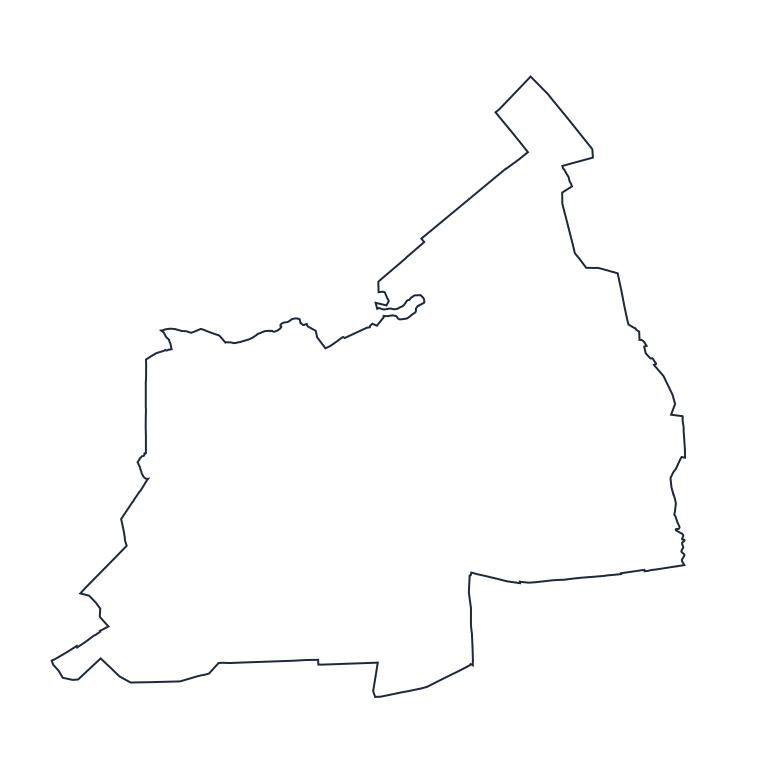 Vaboles pag., Daugavpils, Latvia (Mercator projection), rotated 274°
{"feature_id": "27541924B48238207872325", "entity_name": "Vaboles pag.", "entity_type": "district", "adm_level": 2, "iso_a3": "LVA", "parent_name": "Latvia", "parent_adm1": "Daugavpils", "projection": "mercator", "projection_center": [26.498, 56.031], "detail": "fine", "context": "isolated", "style": "outline", "palette": "slate", "viewbox_px": 768, "rotation_deg": 274, "n_neighbors": 0, "source": "geoboundaries", "source_scale": "gbopen_adm2", "svg_char_len": 6021}
<svg xmlns="http://www.w3.org/2000/svg" viewBox="0 0 768 768"><g transform="rotate(274 384 384)"><path d="M700.9,508.8L666.0,479.8L662.8,476.3L645.0,493.2L633.2,504.2L625.3,511.4L617.5,503.0L607.2,490.8L607.3,490.5L531.6,411.1L528.4,414.2L511.7,397.4L511.4,397.3L506.8,392.7L486.4,371.9L485.4,371.2L475.2,372.2L476.0,376.4L475.8,377.6L475.3,378.5L469.2,381.6L468.7,382.2L467.6,382.8L466.8,382.9L462.6,381.0L464.4,370.0L457.7,372.2L458.2,372.2L459.0,372.5L459.5,373.1L459.2,374.9L458.7,376.3L458.4,378.0L458.5,379.8L458.8,380.8L459.0,382.2L459.6,384.1L459.7,385.5L459.7,386.2L459.4,386.9L459.3,388.6L459.4,389.8L459.6,390.9L460.0,392.2L460.5,393.0L462.0,395.2L462.8,397.0L464.0,398.3L466.4,399.8L468.6,401.0L469.0,401.5L469.4,402.2L469.6,402.7L469.6,403.3L470.3,403.9L472.0,404.9L472.2,405.2L472.7,406.1L474.2,407.8L474.6,408.5L474.7,410.4L475.0,411.6L474.9,412.8L475.2,414.3L472.8,417.1L471.2,418.0L468.5,418.6L467.6,418.1L466.8,416.5L465.9,415.5L465.5,414.4L464.3,412.8L464.4,412.7L463.8,412.0L462.6,411.2L461.3,410.6L459.5,410.8L457.9,410.4L456.8,409.2L455.7,407.7L454.0,406.0L452.0,403.7L451.3,402.8L450.8,401.8L449.8,397.1L449.6,395.8L449.6,395.1L450.0,393.9L450.4,393.3L452.4,391.7L452.9,389.5L453.1,388.3L453.0,387.6L452.6,385.5L452.1,383.6L451.9,382.3L451.8,381.1L451.9,378.9L450.5,379.0L441.7,372.9L443.2,368.4L443.3,368.3L443.2,368.1L441.0,366.0L439.6,365.9L438.9,362.9L427.1,341.5L428.0,340.1L427.5,339.0L423.2,334.0L418.1,327.7L415.5,323.1L426.0,314.0L432.3,312.2L436.1,304.0L436.7,303.5L437.6,302.9L438.5,302.7L438.3,302.0L437.2,299.9L437.3,299.1L437.6,298.5L438.7,297.5L438.8,296.5L442.8,295.3L443.0,294.0L443.3,293.3L443.3,292.5L443.2,291.3L443.2,290.2L442.8,289.4L442.5,288.3L442.2,287.6L440.4,285.4L439.4,284.1L439.0,283.4L438.6,281.2L438.4,280.2L437.8,278.8L436.7,277.3L436.3,277.0L435.5,276.6L435.0,276.6L434.4,276.8L434.2,277.5L433.2,277.4L431.7,276.1L429.9,274.0L428.6,271.2L428.5,270.7L428.6,269.5L429.2,268.7L429.3,268.1L428.7,267.0L428.7,266.8L429.1,266.2L428.6,262.4L428.3,261.2L427.1,258.5L426.2,257.1L425.2,254.7L424.6,253.9L424.1,253.6L423.3,252.6L420.9,249.4L419.2,246.5L416.6,239.5L415.9,237.9L415.3,235.2L414.7,233.6L414.3,231.6L414.8,228.3L414.6,223.1L414.3,222.8L417.8,219.5L421.0,216.1L421.7,213.1L423.0,208.3L423.7,205.8L425.7,199.5L426.1,197.8L426.1,197.2L423.0,191.2L421.6,187.9L422.8,183.3L422.8,178.3L423.4,175.7L424.2,171.6L424.3,167.3L423.8,164.4L423.1,161.6L422.7,160.8L422.3,159.9L421.8,157.9L421.2,158.7L420.3,160.4L419.3,161.2L416.1,163.1L415.2,163.9L413.3,166.3L413.2,166.2L409.1,168.2L403.9,169.7L403.4,168.0L403.4,167.2L402.5,165.4L402.2,164.5L402.6,163.4L401.9,162.3L401.0,160.2L398.9,154.7L394.8,148.8L391.8,144.9L386.4,145.4L373.9,146.2L368.4,146.3L344.1,148.0L343.0,148.2L339.0,148.5L337.2,148.5L324.0,149.3L315.9,150.1L298.6,151.3L298.4,150.5L298.1,150.0L297.6,150.4L297.3,150.1L295.9,149.6L295.4,149.1L295.1,147.7L294.4,147.0L293.6,146.5L293.2,145.9L292.1,145.3L291.9,145.4L291.3,145.2L290.7,144.8L290.3,144.5L289.6,144.0L289.1,143.7L288.8,143.6L288.0,144.2L286.3,145.0L285.2,145.7L282.4,146.9L281.4,147.1L280.3,147.8L277.6,148.7L274.3,150.9L273.3,152.3L272.9,153.5L272.8,154.0L272.8,154.4L273.0,155.2L271.1,154.0L260.6,148.6L260.5,148.4L259.1,147.4L251.6,143.0L249.6,142.1L248.0,140.9L230.9,131.2L221.2,134.1L213.4,136.0L210.6,136.4L208.3,137.1L204.6,138.6L190.1,126.3L163.7,103.7L159.5,100.1L153.9,95.7L152.3,104.5L147.9,109.5L145.5,112.1L144.4,112.9L140.2,116.6L131.9,116.7L122.9,126.0L117.8,117.8L117.0,118.1L114.3,114.6L113.5,113.8L112.9,112.3L105.9,104.2L99.8,96.3L101.3,95.8L94.5,86.6L86.6,75.0L84.9,71.8L80.8,73.6L75.2,79.5L68.5,84.0L68.2,86.5L67.1,94.0L67.9,99.5L90.5,120.5L78.7,134.8L73.8,140.6L68.5,152.1L69.0,157.4L70.3,172.3L73.1,201.3L79.2,217.7L80.6,221.9L81.4,225.3L83.0,229.7L94.1,238.4L94.6,241.7L94.9,249.8L96.2,261.5L101.7,313.7L103.2,325.2L103.8,332.1L104.2,337.5L99.5,338.1L99.9,343.4L105.6,397.2L90.7,395.9L76.9,394.6L71.2,397.0L71.9,402.8L75.4,415.2L78.2,425.2L78.8,427.8L82.6,441.4L84.8,447.9L92.8,461.3L100.4,474.3L101.9,477.0L109.3,489.1L110.6,489.9L109.6,492.2L112.3,491.9L113.0,492.1L125.6,490.9L141.2,489.1L148.8,487.6L166.4,486.4L181.8,483.2L198.7,482.8L198.6,483.2L199.6,483.9L202.0,484.3L200.7,490.7L199.8,497.0L197.7,509.4L197.6,510.3L195.7,520.8L194.8,533.6L196.3,533.3L196.1,535.2L195.9,542.2L196.7,548.2L199.0,560.7L199.7,564.5L200.5,569.8L201.3,577.3L203.1,586.3L204.4,593.7L207.7,615.7L208.8,621.0L209.8,627.4L210.9,633.7L211.7,633.5L216.8,656.7L215.4,657.0L215.9,660.0L217.1,663.7L217.7,667.1L224.3,696.2L228.4,693.5L229.6,693.5L232.8,695.2L233.7,695.5L234.5,695.6L235.0,695.4L235.8,694.4L236.5,693.4L237.4,692.5L237.7,692.3L238.5,692.4L239.3,692.7L241.7,693.9L242.4,693.8L244.9,692.7L245.4,692.5L246.4,692.5L247.3,693.3L248.4,694.5L248.9,694.7L249.3,694.6L249.6,694.3L249.6,693.0L249.8,692.3L250.3,692.1L251.0,692.3L251.7,692.6L253.3,693.1L253.8,693.1L254.7,692.6L255.5,691.6L258.0,686.2L258.4,685.5L258.8,685.2L259.3,685.2L259.6,685.5L259.8,686.0L259.9,687.5L260.1,687.9L260.5,688.5L261.2,688.8L261.8,688.8L262.6,688.5L267.0,686.1L271.1,684.5L272.5,683.9L274.0,682.7L276.8,683.1L285.1,683.5L289.3,682.4L294.2,680.5L294.1,680.3L295.5,679.9L300.8,678.0L309.8,676.4L310.6,676.5L316.3,678.8L319.6,681.1L328.8,684.5L331.9,686.0L331.5,689.4L339.4,688.8L353.8,686.8L357.5,686.2L361.3,686.0L368.6,684.4L372.1,684.3L372.7,684.1L373.4,672.5L384.3,675.8L393.4,672.6L411.5,662.2L421.9,651.9L422.9,653.9L423.5,653.9L423.6,653.7L428.3,650.1L428.4,649.9L428.1,648.3L428.1,648.0L432.8,643.0L439.2,641.0L439.5,641.0L440.4,643.3L444.6,640.1L446.0,637.7L445.8,635.8L454.0,634.9L455.6,632.0L456.9,631.0L456.8,630.9L460.4,623.7L465.4,622.1L478.2,618.4L491.1,615.0L510.7,609.4L513.8,594.6L514.7,589.6L514.5,586.7L514.0,577.6L522.8,570.0L527.5,565.5L528.6,565.0L539.7,561.5L576.3,549.3L587.4,548.4L594.2,557.7L596.6,556.7L599.4,554.9L603.3,553.7L605.5,552.1L610.6,548.7L611.4,547.7L614.0,546.7L617.9,557.9L624.4,576.6L632.5,575.5L633.6,574.7L663.1,547.5L678.7,532.7L684.6,527.3L700.9,508.8Z" fill="none" stroke="#1e293b" stroke-width="2"/></g></svg>